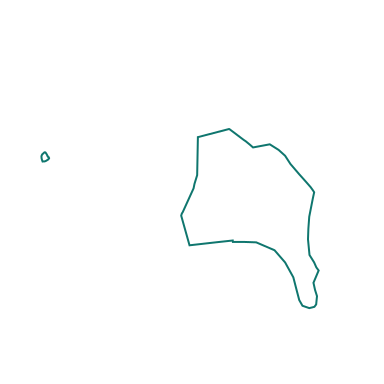 outline of Olorunsogo, Oyo, Nigeria, rotated 109°
{"feature_id": "59680162B59717618896779", "entity_name": "Olorunsogo", "entity_type": "district", "adm_level": 2, "iso_a3": "NGA", "parent_name": "Nigeria", "parent_adm1": "Oyo", "projection": "albers", "projection_center": [4.137, 8.508], "detail": "fine", "context": "isolated", "style": "outline", "palette": "teal", "viewbox_px": 384, "rotation_deg": 109, "n_neighbors": 0, "source": "geoboundaries", "source_scale": "gbopen_adm2", "svg_char_len": 1388}
<svg xmlns="http://www.w3.org/2000/svg" viewBox="0 0 384 384"><g transform="rotate(109 192 192)"><path d="M225.0,46.7L222.8,49.9L218.8,53.6L213.3,60.4L199.0,66.9L188.9,70.0L177.2,73.1L159.2,75.6L152.5,76.4L151.2,78.0L148.8,81.4L145.4,87.3L140.2,96.6L133.5,108.0L127.4,115.8L124.0,123.8L121.6,134.0L130.0,148.8L128.4,152.7L126.5,157.8L126.0,159.8L120.4,177.0L120.4,177.5L138.2,204.3L174.4,192.6L183.5,192.3L188.0,191.7L214.0,194.2L215.7,194.6L217.9,194.5L243.2,177.0L240.3,170.9L231.6,152.6L224.6,137.7L225.9,137.1L224.9,134.2L223.6,130.4L222.1,126.0L218.7,114.9L219.0,111.0L220.2,95.0L228.3,81.0L239.7,68.4L250.6,61.2L259.3,55.4L263.6,50.5L263.6,43.3L261.8,40.5L260.7,38.9L257.9,38.0L249.8,39.9L244.5,43.8L238.3,47.6L225.0,46.7ZM202.8,344.6L203.1,344.7L203.6,345.0L204.6,345.5L205.0,345.8L206.1,346.0L206.3,346.0L207.2,346.0L209.1,345.2L210.6,344.2L211.8,343.2L211.5,342.7L211.4,342.4L211.3,341.8L210.9,341.1L210.4,340.5L209.7,339.8L209.1,339.4L208.6,339.0L208.3,338.7L208.0,338.5L207.8,338.5L207.7,338.4L207.4,338.3L207.1,338.3L206.8,338.2L206.7,338.1L206.4,338.2L206.3,338.3L206.2,338.5L206.0,338.8L205.9,338.9L205.7,339.0L205.7,339.3L205.7,339.5L205.5,339.8L205.4,339.9L205.3,340.0L205.2,340.2L205.0,340.4L204.9,340.5L204.7,340.5L204.4,340.9L204.3,341.0L203.7,341.6L203.4,342.0L203.0,342.5L202.4,343.3L202.3,344.0L202.8,344.6Z" fill="none" stroke="#0f766e" stroke-width="2"/></g></svg>